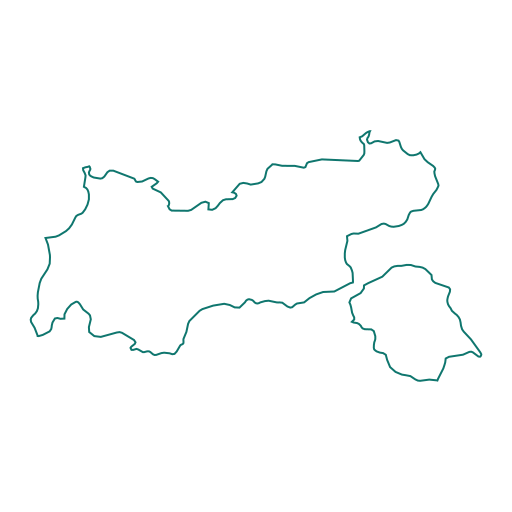 Tirol, Mercator projection
{"feature_id": "AUT-2329", "entity_name": "Tirol", "entity_type": "State", "adm_level": 1, "iso_a3": "AUT", "parent_name": "Austria", "parent_adm1": "", "projection": "mercator", "projection_center": [11.6, 47.192], "detail": "fine", "context": "isolated", "style": "outline", "palette": "teal", "viewbox_px": 512, "rotation_deg": 0, "n_neighbors": 0, "source": "natural_earth", "source_scale": "10m", "svg_char_len": 5143}
<svg xmlns="http://www.w3.org/2000/svg" viewBox="0 0 512 512"><path d="M38.7,336.1L37.6,336.0L37.5,335.3L34.6,327.8L31.1,322.0L30.7,319.7L31.2,317.8L33.3,315.2L35.2,313.5L36.9,311.1L37.9,308.3L38.3,304.3L38.2,301.8L37.7,298.6L37.6,295.8L37.9,292.2L39.7,283.0L41.3,278.7L47.4,269.4L49.7,263.7L50.0,257.3L49.9,255.0L48.0,244.6L45.5,238.0L55.6,236.7L59.0,235.4L66.0,231.1L69.1,228.3L71.9,224.5L75.4,217.4L76.3,216.0L78.0,214.9L81.3,213.7L82.6,212.8L85.2,209.3L87.5,204.6L88.9,199.4L88.9,194.4L88.3,191.6L87.4,189.5L86.1,188.0L83.9,186.8L85.4,177.5L85.6,175.4L84.6,172.8L83.2,170.2L83.0,168.2L85.4,167.3L88.0,166.8L89.2,166.3L89.7,166.8L90.4,168.9L90.2,169.8L89.5,171.0L88.9,172.4L89.2,174.4L90.0,175.5L91.3,176.4L93.7,177.5L100.4,178.6L102.3,178.2L104.3,176.6L107.4,172.2L109.6,170.7L113.4,170.7L134.1,178.6L134.8,179.3L135.3,180.5L136.1,181.6L137.4,182.0L142.1,181.5L148.4,178.5L150.6,177.9L152.8,178.1L154.5,179.0L158.1,181.7L156.7,183.3L151.7,186.8L152.7,188.6L160.8,192.4L168.7,200.9L169.1,201.9L169.2,203.5L168.8,205.1L168.3,206.1L168.0,206.2L169.6,209.3L171.7,210.6L188.1,210.8L191.2,209.9L201.4,202.8L205.4,201.7L208.8,203.1L208.4,209.4L212.2,209.8L215.6,208.2L217.8,205.8L219.9,203.0L223.0,200.2L225.9,199.3L232.7,199.1L235.2,198.0L236.6,195.7L236.0,194.0L234.3,192.8L232.3,192.3L239.7,183.8L243.3,182.9L247.2,183.5L250.7,184.6L258.1,183.4L261.5,182.0L264.4,178.8L265.2,176.7L266.4,171.3L267.5,168.8L271.8,165.0L272.4,164.3L275.3,164.4L282.1,165.8L294.9,165.9L303.8,167.7L305.4,167.1L307.0,163.2L308.7,162.1L321.9,159.4L358.0,161.0L359.2,160.7L363.7,155.0L364.3,153.5L364.4,151.3L364.2,145.1L363.7,143.8L362.9,143.3L361.6,142.0L360.5,140.5L360.0,139.2L359.7,137.3L362.2,136.3L365.9,133.1L367.3,132.2L369.6,131.2L370.0,131.2L369.5,132.2L369.1,134.7L368.5,136.6L367.5,138.0L367.0,139.6L367.9,142.2L369.4,143.5L371.1,143.3L374.6,141.4L378.1,141.0L387.1,142.9L389.8,142.5L396.0,140.1L398.5,140.6L399.3,141.9L400.9,146.9L401.8,148.8L403.0,150.3L407.7,154.1L409.9,155.2L413.1,155.3L416.5,154.6L418.9,153.5L420.4,152.2L424.5,159.2L427.7,162.2L433.2,166.0L434.7,167.6L435.2,168.7L435.0,169.8L434.3,171.6L434.5,173.5L435.1,176.2L438.2,184.0L438.5,185.5L438.2,186.4L437.4,188.1L436.4,190.0L433.3,193.9L431.7,196.6L428.3,203.8L427.2,205.5L426.0,207.0L424.6,208.2L423.0,209.3L421.2,210.0L413.5,210.8L411.9,211.3L410.7,211.8L409.8,213.0L408.7,215.1L407.3,219.4L405.7,221.9L403.8,223.8L401.8,224.9L398.8,226.0L393.6,226.8L391.3,226.6L389.2,226.0L385.6,224.0L383.8,223.6L381.5,224.0L376.0,227.4L358.4,233.7L353.6,233.5L351.4,234.0L347.0,236.2L347.4,240.9L345.2,250.0L344.8,253.4L344.8,257.6L345.2,260.2L346.0,262.5L346.9,264.0L349.5,266.1L350.7,267.4L352.0,270.6L352.6,272.9L353.0,281.5L352.9,282.5L350.2,283.2L334.3,291.5L323.1,292.0L316.2,294.4L309.5,298.1L304.1,302.4L297.0,303.5L295.2,304.6L292.2,307.2L290.3,307.6L287.4,306.5L282.3,302.7L279.3,302.4L278.2,302.5L277.0,302.4L276.8,302.4L276.7,302.4L268.6,300.7L264.9,301.1L260.3,302.4L258.8,303.2L257.3,303.5L255.9,303.2L254.6,302.4L253.7,301.3L252.8,300.5L251.8,299.9L249.0,299.2L247.5,299.6L246.1,300.6L244.9,302.4L239.5,307.6L234.7,307.4L229.8,305.0L224.2,303.8L213.2,305.6L202.4,309.1L199.6,310.8L189.4,321.0L188.1,323.8L186.4,331.9L183.5,338.9L183.4,339.8L183.5,342.2L183.3,343.4L182.6,344.1L180.8,344.9L180.2,345.5L176.7,351.5L174.5,353.9L172.3,354.2L169.6,353.3L164.1,352.7L161.4,353.1L156.2,354.9L154.6,355.0L153.0,354.3L150.3,352.0L148.9,351.3L147.3,351.3L144.3,352.1L142.8,352.1L138.3,349.5L136.5,348.9L133.2,349.9L131.5,349.9L130.5,347.9L131.3,346.7L134.8,343.9L135.5,342.3L134.0,340.0L122.0,332.8L119.6,332.1L116.8,332.5L100.8,336.9L94.3,336.1L89.2,332.0L88.9,327.1L90.8,319.3L90.0,315.4L88.6,313.7L83.2,309.5L79.9,304.2L78.3,302.4L77.5,301.9L76.6,301.7L75.7,301.9L71.2,304.5L67.2,309.0L64.5,314.3L64.4,318.6L60.5,318.8L57.4,318.0L54.9,318.5L52.5,322.5L51.8,325.4L51.6,327.3L51.2,329.1L49.6,331.4L42.8,334.9L38.7,336.1ZM405.7,375.2L401.9,374.6L395.5,371.9L390.1,367.1L387.1,359.8L385.8,354.8L383.1,353.1L379.9,352.6L376.6,351.4L375.1,350.3L374.2,349.4L373.8,347.8L373.9,344.9L374.3,342.2L374.9,340.6L375.3,339.0L375.3,336.2L373.8,331.1L371.3,329.4L364.7,329.2L362.6,328.4L361.6,327.3L360.8,325.8L359.0,324.0L357.2,323.1L353.5,322.5L351.9,321.8L354.2,319.5L354.2,317.4L353.1,315.2L352.1,312.7L351.1,307.3L350.4,304.7L349.4,302.4L351.1,298.4L360.6,293.1L363.9,288.5L364.0,285.4L368.3,283.1L382.3,276.7L391.6,267.6L394.3,266.4L397.5,265.9L401.2,265.9L406.7,264.9L410.9,265.0L415.4,266.5L419.6,266.9L422.6,267.6L425.4,269.1L431.5,275.0L431.9,279.4L433.2,281.3L435.3,282.9L448.8,287.5L450.1,289.3L449.9,291.7L448.0,296.5L447.6,298.2L447.3,299.9L447.3,300.8L447.4,301.9L448.0,304.2L449.0,306.1L450.6,308.2L451.9,310.8L455.1,313.7L456.7,314.9L458.6,317.1L459.9,319.5L460.6,322.6L461.0,325.7L462.1,329.3L463.7,331.6L470.9,339.3L480.4,352.5L481.3,354.3L481.2,355.0L481.0,355.5L480.7,356.1L480.3,356.6L479.7,356.7L478.4,356.5L472.8,352.3L471.2,351.7L469.3,351.9L463.0,354.7L449.0,356.8L445.7,358.5L445.2,362.5L444.4,365.2L443.3,368.5L438.1,378.7L437.4,380.5L437.1,380.4L429.3,379.6L420.2,380.8L417.9,380.6L415.3,379.4L410.4,376.1L405.7,375.2Z" fill="none" stroke="#0f766e" stroke-width="2"/></svg>